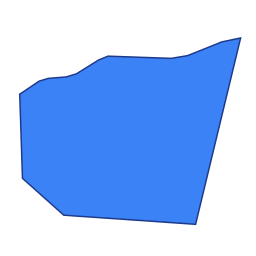 the state/province of Gaga'ifomauga, rotated 2°
{"feature_id": "WSM-4991", "entity_name": "Gaga'ifomauga", "entity_type": "state/province", "adm_level": 1, "iso_a3": "WSM", "parent_name": "Samoa", "parent_adm1": "", "projection": "equal_earth", "projection_center": [-172.532, -13.55], "detail": "fine", "context": "isolated", "style": "filled", "palette": "blue", "viewbox_px": 256, "rotation_deg": 2, "n_neighbors": 0, "source": "natural_earth", "source_scale": "10m", "svg_char_len": 328}
<svg xmlns="http://www.w3.org/2000/svg" viewBox="0 0 256 256"><g transform="rotate(2 128 128)"><path d="M18.6,98.0L37.5,84.3L46.6,81.2L64.4,79.1L74.5,75.7L96.2,61.1L105.5,56.9L168.7,56.9L185.0,53.6L218.9,38.6L237.4,34.1L198.9,221.9L66.9,217.4L24.3,182.0L18.6,98.0Z" fill="#3b82f6" stroke="#1e3a8a" stroke-width="1.5"/></g></svg>